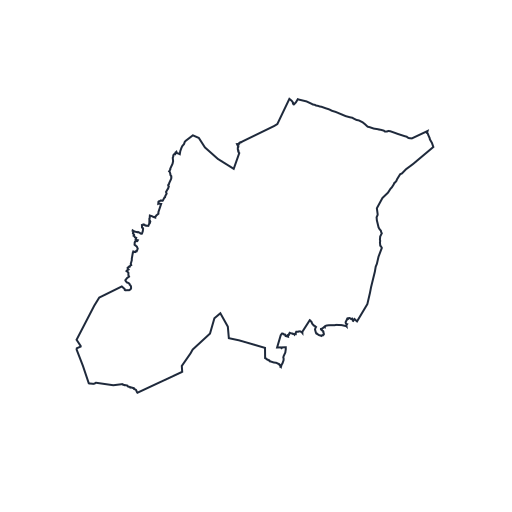 the district of Gran nor, Oppland, Norway, rotated 118°
{"feature_id": "86288312B61542642146209", "entity_name": "Gran nor", "entity_type": "district", "adm_level": 2, "iso_a3": "NOR", "parent_name": "Norway", "parent_adm1": "Oppland", "projection": "mercator", "projection_center": [10.546, 60.438], "detail": "fine", "context": "isolated", "style": "outline", "palette": "slate", "viewbox_px": 512, "rotation_deg": 118, "n_neighbors": 0, "source": "geoboundaries", "source_scale": "gbopen_adm2", "svg_char_len": 6087}
<svg xmlns="http://www.w3.org/2000/svg" viewBox="0 0 512 512"><g transform="rotate(118 256 256)"><path d="M342.1,181.9L339.8,182.4L338.6,182.2L335.2,182.7L333.8,183.3L332.7,184.3L331.3,184.6L327.5,184.8L324.2,186.0L322.6,186.9L324.4,190.0L324.7,189.9L325.4,190.2L325.1,191.3L326.9,194.4L314.3,197.0L312.3,196.7L311.9,195.9L311.9,195.3L312.0,194.8L312.2,194.7L311.8,193.6L312.0,193.5L312.0,193.2L312.7,192.4L312.5,192.0L312.6,191.9L312.4,191.5L312.5,191.2L312.2,190.6L312.3,190.3L312.2,189.8L311.9,190.0L311.5,190.8L311.2,191.0L310.8,190.8L310.6,190.1L310.2,189.9L309.6,190.2L308.0,190.2L307.9,188.8L307.4,187.8L307.5,186.7L307.1,186.3L307.1,185.6L307.4,185.0L306.0,184.8L306.0,184.4L305.8,184.5L305.8,184.8L304.0,184.9L303.1,183.2L302.6,182.9L301.8,181.7L301.8,179.8L302.2,178.9L301.1,179.5L287.4,178.4L287.5,177.6L288.0,176.7L288.2,175.9L289.0,175.1L289.8,173.8L289.9,172.9L290.3,172.4L290.2,171.1L290.5,169.7L291.3,169.8L293.2,169.4L295.7,167.0L296.2,166.1L295.9,165.7L296.0,165.5L296.3,163.7L296.2,162.6L296.0,162.3L296.0,161.5L295.7,161.1L295.8,160.7L294.8,160.3L294.7,159.7L293.4,159.3L292.8,159.6L292.2,160.1L292.0,160.6L291.1,161.0L290.8,161.4L290.8,162.3L290.3,164.2L289.9,164.4L288.9,163.4L286.2,162.3L286.4,161.8L285.4,162.0L284.4,161.2L283.0,159.3L280.2,154.1L279.2,152.9L276.8,147.9L275.6,143.4L275.7,143.0L274.8,143.7L273.5,143.6L273.6,144.0L273.3,145.0L272.4,145.8L269.7,145.9L268.8,145.4L268.6,146.0L268.1,146.0L266.8,144.2L267.0,142.4L266.1,141.7L266.7,140.7L267.1,140.6L267.7,140.1L267.7,139.7L265.4,139.4L266.1,137.0L266.3,136.1L246.2,135.1L235.3,138.0L229.4,139.8L214.0,143.7L209.2,145.3L206.1,145.6L199.1,147.5L189.8,148.7L188.8,150.2L188.6,151.1L185.7,153.0L184.4,153.4L183.5,154.2L180.5,155.5L176.9,155.6L176.2,156.6L175.0,157.7L174.3,159.5L173.2,161.2L167.8,166.0L165.2,167.7L162.6,167.9L162.0,168.2L157.1,171.7L145.4,171.6L138.1,169.2L133.4,168.8L131.7,168.3L128.0,168.0L126.8,168.2L125.9,167.9L125.8,167.7L123.7,167.3L122.1,167.5L116.1,167.1L114.6,165.9L109.0,164.3L101.0,160.5L76.5,150.6L73.6,153.7L71.4,157.2L70.4,158.0L68.3,160.7L67.6,161.4L67.1,162.2L67.1,162.8L65.1,163.2L79.0,173.6L80.0,176.0L80.2,176.8L80.1,178.2L79.9,178.9L80.4,181.0L81.7,188.4L82.0,190.7L82.8,196.0L83.5,197.9L84.5,198.7L85.5,200.4L85.6,200.7L85.3,202.0L86.0,205.1L86.6,206.7L86.5,206.8L87.2,209.0L88.2,211.8L88.9,216.2L89.4,218.0L89.3,218.6L88.5,221.5L87.9,224.6L88.0,228.8L88.7,231.2L88.8,234.6L88.7,235.8L89.4,238.1L90.4,242.5L91.4,253.4L92.1,256.9L92.2,258.0L92.1,258.5L92.3,260.9L92.8,263.5L93.5,268.3L94.1,270.0L94.3,271.6L95.0,273.8L94.9,274.9L95.6,277.2L95.5,278.0L95.8,284.0L97.8,291.7L97.9,292.7L101.6,292.9L104.1,293.6L104.4,293.7L104.5,294.0L104.0,295.0L103.2,295.3L102.2,297.4L101.6,300.3L129.5,299.1L132.7,301.0L160.2,321.0L161.9,322.2L162.4,322.3L162.8,323.2L164.0,323.8L164.4,323.4L164.9,323.5L166.1,325.3L167.0,324.1L167.2,323.1L168.3,323.1L168.6,322.7L169.1,322.8L170.3,322.2L170.9,321.3L171.3,321.3L171.5,320.9L172.1,320.7L172.3,320.1L172.7,319.9L173.0,319.1L189.5,316.6L188.2,335.2L184.1,352.1L178.6,361.9L179.1,368.4L187.2,372.1L188.6,372.5L191.0,372.1L193.6,372.7L195.5,372.6L198.9,372.1L201.9,371.1L201.9,372.1L202.0,372.5L202.0,373.1L202.4,374.4L202.3,374.8L201.8,374.8L201.4,375.2L201.7,375.3L202.7,375.2L202.7,375.6L203.4,375.6L204.1,375.3L204.2,375.7L204.6,376.1L205.9,376.3L206.8,375.8L208.4,375.6L211.2,373.7L213.7,373.0L219.2,372.7L219.8,372.3L222.0,372.4L222.0,372.0L222.5,371.4L223.8,370.1L224.6,369.7L225.3,368.2L226.1,368.0L226.7,367.4L228.2,367.1L232.2,366.9L233.4,366.6L234.1,366.9L235.0,366.6L235.4,365.7L235.8,365.5L236.4,365.6L237.8,365.2L238.1,365.4L241.7,365.5L242.9,364.2L245.3,364.3L246.9,363.9L247.3,364.3L250.9,364.3L251.4,364.8L251.5,366.0L252.9,366.9L253.4,367.5L254.0,367.6L255.8,366.8L255.2,366.3L254.8,364.6L254.6,364.2L263.0,362.8L264.5,362.0L267.1,363.1L268.6,363.1L269.2,364.1L269.5,363.7L269.7,364.9L269.7,366.5L270.1,368.7L272.6,367.6L273.1,367.7L273.7,367.4L275.2,365.5L276.3,365.3L276.1,366.1L277.3,365.5L279.9,365.2L280.1,365.8L280.6,366.4L280.6,367.1L281.0,367.6L281.1,368.3L280.7,369.0L280.8,369.7L281.0,370.3L281.5,370.2L282.1,370.7L282.3,371.2L284.4,370.0L284.3,369.3L284.9,368.5L287.3,367.6L289.8,367.2L290.1,367.5L290.4,368.5L290.1,369.5L290.2,371.4L290.6,371.5L291.3,374.3L291.4,375.5L291.3,376.9L291.7,376.8L291.7,375.9L292.0,375.7L292.5,375.4L293.3,375.5L293.8,375.3L294.4,373.7L295.6,373.6L295.6,373.4L295.4,373.0L296.3,371.8L296.2,370.3L297.8,370.1L297.9,368.8L297.6,367.8L298.6,367.8L299.3,369.0L299.9,369.6L300.4,369.4L300.9,369.5L303.1,368.5L303.3,367.7L303.2,367.3L303.4,366.9L303.6,365.7L305.0,363.9L307.1,363.6L307.5,364.0L308.0,363.7L308.8,364.7L309.2,364.5L309.8,365.8L309.7,366.3L310.4,366.1L310.6,366.4L316.7,364.4L318.0,363.7L321.7,362.9L322.6,361.9L323.5,362.5L324.5,362.5L324.4,362.7L324.8,363.1L326.8,363.8L327.4,363.2L327.8,362.2L329.4,363.2L330.1,363.3L330.3,361.8L330.7,360.8L332.8,359.7L333.8,358.4L336.0,359.5L338.7,360.0L339.4,359.1L339.9,357.6L340.0,357.3L339.7,356.2L339.8,355.4L340.0,354.6L340.6,354.1L341.0,352.8L341.7,352.0L343.0,351.2L343.8,351.1L344.4,351.2L345.7,351.9L347.6,355.3L347.6,355.9L346.8,356.5L345.9,360.2L366.3,374.9L375.7,375.5L414.2,375.1L417.8,368.5L418.3,368.3L421.6,370.9L422.8,370.5L434.3,357.2L446.9,343.9L446.7,343.4L446.7,342.9L446.3,342.2L445.2,339.5L444.3,338.5L443.3,338.1L443.0,337.7L437.1,321.3L431.9,313.9L431.8,313.5L432.1,312.8L432.0,312.7L431.8,311.9L431.6,311.5L431.7,311.1L431.4,310.8L430.8,308.7L431.3,308.0L431.3,307.3L430.8,305.8L431.2,305.2L430.4,304.0L430.5,303.2L430.1,302.3L430.0,301.9L430.1,301.6L430.6,301.4L430.7,301.2L430.5,300.0L430.6,299.0L432.1,297.2L432.4,296.5L392.9,266.8L387.9,269.9L372.7,268.1L368.3,268.0L346.1,260.2L330.5,263.5L323.3,260.6L331.6,247.7L341.3,241.4L338.4,231.3L332.9,204.9L341.9,200.0L341.9,199.2L341.8,198.7L342.2,198.0L342.0,197.0L342.2,196.4L342.0,196.1L341.9,195.5L342.2,195.2L342.1,194.8L342.5,194.2L342.2,193.3L341.7,190.4L340.8,188.0L340.7,186.0L340.8,185.6L340.6,185.3L340.6,184.7L340.8,184.2L341.3,183.9L341.8,182.5L342.2,182.3L342.0,182.1L342.1,181.9Z" fill="none" stroke="#1e293b" stroke-width="2"/></g></svg>